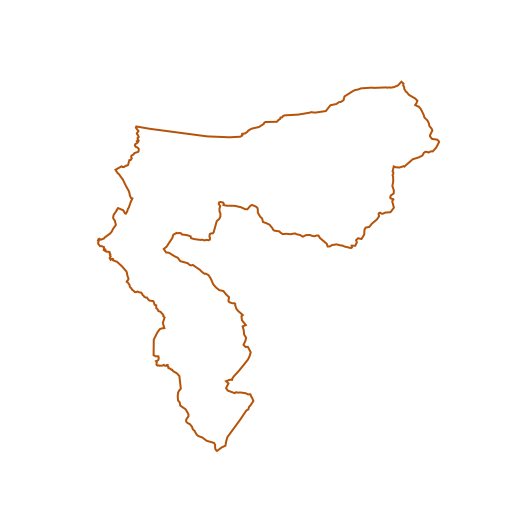 Mfantseman Municipal, Central, Ghana, rotated 191°
{"feature_id": "2480657B5340678211162", "entity_name": "Mfantseman Municipal", "entity_type": "district", "adm_level": 2, "iso_a3": "GHA", "parent_name": "Ghana", "parent_adm1": "Central", "projection": "albers", "projection_center": [-1.11, 5.277], "detail": "fine", "context": "isolated", "style": "outline", "palette": "amber", "viewbox_px": 512, "rotation_deg": 191, "n_neighbors": 0, "source": "geoboundaries", "source_scale": "gbopen_adm2", "svg_char_len": 6119}
<svg xmlns="http://www.w3.org/2000/svg" viewBox="0 0 512 512"><g transform="rotate(191 256 256)"><path d="M414.0,241.5L413.2,241.8L413.5,238.7L413.1,237.8L410.9,235.9L409.1,236.2L406.9,235.7L406.5,233.0L405.7,233.5L405.4,232.7L404.9,233.1L404.5,232.1L403.9,231.8L400.6,232.0L400.2,231.4L400.1,230.3L399.2,229.8L399.4,228.7L398.6,227.9L399.3,226.1L398.1,224.7L397.7,225.4L396.9,225.1L396.5,225.8L396.1,225.9L395.6,225.6L395.5,224.6L395.2,224.4L391.3,223.8L385.6,220.3L380.5,216.3L379.7,215.3L378.5,212.2L376.8,209.3L377.2,207.5L378.0,206.6L378.0,206.0L376.4,205.2L374.6,203.4L374.1,202.0L373.4,201.1L372.3,200.6L371.0,199.1L369.5,198.5L368.2,197.5L367.2,197.5L365.4,198.5L363.7,198.0L362.0,198.2L360.7,197.4L360.0,196.2L358.7,195.5L358.0,194.7L356.6,194.2L355.1,194.4L354.0,193.2L352.1,191.9L348.3,192.1L347.5,191.2L346.3,188.8L344.5,188.5L344.0,185.8L342.4,184.9L341.2,183.3L339.1,183.0L335.6,180.3L335.5,179.2L334.0,178.2L334.7,172.5L332.2,167.7L334.4,167.1L336.4,165.9L338.1,162.6L340.4,154.4L337.6,139.1L335.1,138.4L332.7,138.9L332.0,137.2L332.0,135.4L332.9,134.3L334.1,133.7L333.1,132.6L333.0,130.3L331.8,129.6L330.5,130.1L329.7,129.9L327.0,130.5L325.8,131.5L324.6,130.9L323.4,131.1L322.7,132.1L321.9,132.1L322.0,131.1L320.8,130.4L320.8,129.6L320.5,129.2L318.4,129.0L317.4,128.2L316.6,128.3L315.3,127.1L311.2,125.7L308.3,123.5L304.5,111.4L305.7,109.4L306.4,107.1L306.1,103.4L305.1,99.8L304.6,99.0L303.1,97.9L301.8,94.7L295.9,92.1L292.9,88.8L292.0,87.3L291.7,85.8L293.3,82.1L293.2,80.9L292.7,79.9L291.0,78.8L289.2,78.5L288.4,78.0L286.2,76.1L284.9,73.8L283.1,72.7L280.1,69.3L278.4,68.3L274.0,67.6L269.2,65.2L261.5,64.5L260.1,62.8L259.7,60.6L259.0,58.7L258.4,58.0L257.1,57.2L253.1,61.6L249.8,64.0L249.9,68.4L249.5,72.8L240.3,92.3L236.0,102.5L234.3,103.9L233.9,106.9L233.1,107.9L230.9,113.1L233.0,116.4L233.6,116.8L235.2,119.2L237.4,118.6L239.7,119.3L244.9,119.1L247.9,118.4L249.6,118.5L250.7,117.3L258.0,118.5L260.2,120.6L258.7,125.6L261.5,127.4L258.1,129.5L255.8,129.9L256.0,130.8L254.9,133.5L250.9,140.0L247.1,147.1L244.1,152.9L243.2,156.4L242.8,160.5L246.7,165.3L248.9,164.7L251.3,166.4L250.2,170.9L250.1,173.9L252.7,176.7L253.9,180.8L255.7,184.3L252.8,186.3L257.5,190.2L258.8,194.1L257.7,195.5L263.0,198.6L265.1,200.3L267.1,203.8L267.2,205.0L268.0,205.5L270.3,205.1L273.5,205.6L274.5,206.6L274.6,210.4L278.1,212.6L281.3,215.4L285.5,215.5L289.2,217.4L292.5,220.0L296.1,225.2L299.0,228.2L302.0,229.1L303.2,228.7L306.7,230.5L308.0,231.5L316.4,235.2L317.3,234.6L318.2,234.4L319.7,234.7L321.7,235.9L329.4,236.5L332.4,239.3L335.6,240.1L342.2,242.6L344.9,242.3L347.9,245.3L345.6,248.0L341.5,258.0L341.4,260.2L341.0,261.3L338.5,263.4L338.3,263.2L334.8,264.1L333.7,263.8L332.8,263.0L327.6,263.3L323.9,262.8L323.1,261.1L319.9,260.8L313.6,261.2L311.9,261.7L309.5,261.5L307.7,262.4L305.6,262.4L304.4,263.3L304.6,264.8L305.2,265.7L305.5,267.1L305.5,268.8L304.4,269.6L302.8,269.9L302.1,271.1L301.2,282.7L299.1,285.5L298.5,288.0L299.1,291.1L300.3,292.7L300.9,295.6L300.6,298.0L302.5,300.0L302.4,301.6L301.4,302.2L298.5,302.2L297.7,301.4L297.7,299.8L294.3,299.8L286.4,301.2L280.0,301.0L275.7,299.9L273.4,300.2L271.1,304.2L269.7,305.3L266.7,304.8L264.9,304.2L263.7,303.3L263.2,302.3L262.4,298.8L259.3,295.3L257.2,294.0L255.6,290.7L252.1,290.2L248.7,289.3L245.4,286.6L244.0,284.9L242.8,284.4L237.7,284.6L236.6,283.7L234.0,282.6L230.4,283.6L226.2,284.0L222.1,285.6L220.4,285.1L216.7,285.0L213.7,283.9L211.3,285.8L208.7,286.6L207.0,286.9L205.1,286.5L202.4,286.5L200.6,287.6L198.6,288.0L196.7,285.9L188.9,281.5L187.5,279.0L185.3,279.5L183.5,281.2L179.1,282.8L174.4,282.5L173.5,282.8L170.9,282.2L164.4,281.9L163.4,282.7L164.1,284.4L160.5,285.0L159.6,288.7L160.8,290.6L159.2,292.9L155.7,292.8L153.9,297.7L154.5,302.6L153.8,304.8L150.3,306.2L148.4,309.9L144.3,314.9L142.8,318.5L143.7,320.8L143.4,321.6L142.6,322.2L140.5,321.5L139.6,321.7L137.4,323.3L132.8,324.5L132.0,325.3L130.0,329.5L129.9,329.9L132.7,335.6L132.4,337.1L131.9,337.6L132.0,337.9L135.0,338.3L135.5,339.5L135.1,341.3L132.8,343.6L133.1,346.4L135.5,350.8L135.5,355.2L136.5,359.9L137.4,361.6L136.9,362.8L137.0,363.7L137.4,364.6L138.0,364.9L137.9,370.2L135.7,369.8L132.1,370.2L128.3,372.3L127.5,372.0L120.7,380.8L115.0,383.9L111.8,386.4L110.9,389.3L109.7,390.6L107.5,390.8L106.3,390.5L104.3,392.1L102.4,392.4L99.8,396.8L98.0,402.9L99.0,404.0L100.5,404.8L105.5,404.5L108.0,406.6L108.2,408.0L106.8,412.9L108.1,414.7L110.5,416.6L111.7,419.3L113.5,421.7L117.0,424.0L118.7,427.1L122.5,432.0L125.0,433.8L126.1,433.8L128.6,434.6L127.7,436.5L127.2,439.2L129.8,441.0L136.5,443.3L139.2,445.5L140.3,446.0L142.4,448.4L142.7,450.0L144.1,451.6L144.1,453.4L146.5,454.8L149.2,450.5L153.0,448.0L155.7,447.0L157.4,446.9L159.4,446.2L160.6,446.3L171.9,443.6L174.7,443.3L184.9,440.6L187.2,439.1L190.6,437.7L192.3,436.4L199.6,429.5L199.8,425.7L201.9,423.6L204.1,422.7L206.2,420.5L211.7,418.2L215.1,411.6L225.4,408.0L229.5,407.7L230.2,407.1L241.4,402.9L254.8,399.5L256.1,398.6L256.9,397.0L258.4,396.6L258.4,395.3L260.4,393.2L260.7,392.2L261.3,391.7L272.4,389.3L273.3,388.4L273.7,387.0L277.7,383.2L284.3,380.3L286.7,378.5L286.9,378.0L287.7,377.4L288.1,376.3L290.2,374.2L292.9,373.3L293.0,372.8L292.4,372.2L292.5,371.6L294.2,370.1L304.5,367.5L326.7,364.1L384.4,360.6L398.2,360.3L398.4,359.0L395.2,356.2L396.4,353.7L396.2,353.1L395.2,352.4L393.8,350.5L394.8,349.2L394.6,348.5L393.2,346.9L393.3,346.2L394.4,346.6L394.9,346.0L394.0,345.2L393.9,344.7L396.0,342.5L395.9,341.2L394.7,340.1L393.8,340.1L392.3,339.4L391.4,338.5L391.3,336.6L391.6,335.7L395.0,333.8L395.6,332.3L397.3,330.9L397.5,329.5L396.6,328.0L397.0,327.5L397.1,326.7L398.0,325.9L398.6,325.9L399.0,320.9L400.1,320.0L400.7,320.0L402.7,318.1L404.1,317.9L405.0,318.4L410.4,313.8L407.8,311.1L406.0,310.0L401.1,305.4L397.0,299.9L393.5,295.8L392.1,293.4L391.7,292.0L389.9,289.2L388.3,288.9L389.3,285.1L390.1,279.3L390.7,277.8L390.9,275.5L391.8,272.7L392.6,272.8L395.1,275.6L400.6,276.7L401.6,274.3L401.4,274.1L403.6,269.3L403.6,266.4L402.9,265.2L401.3,263.8L399.5,259.8L401.6,255.1L402.2,252.6L403.5,250.2L408.0,245.4L408.7,244.1L411.4,242.4L412.1,242.4L412.9,243.1L413.8,242.6L414.0,241.5Z" fill="none" stroke="#b45309" stroke-width="2"/></g></svg>